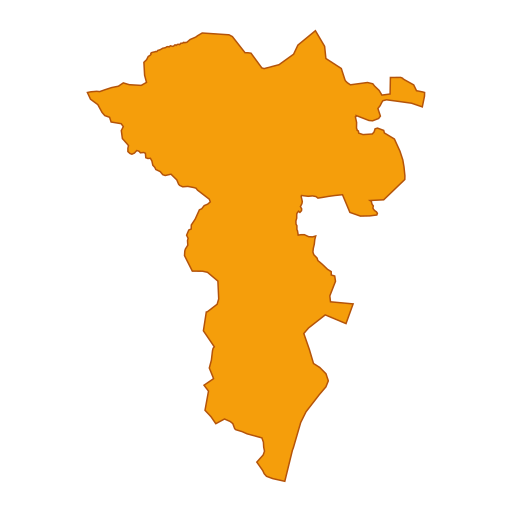 Charanchi, Katsina, Nigeria
{"feature_id": "59680162B50452180674611", "entity_name": "Charanchi", "entity_type": "district", "adm_level": 2, "iso_a3": "NGA", "parent_name": "Nigeria", "parent_adm1": "Katsina", "projection": "mercator", "projection_center": [7.676, 12.562], "detail": "fine", "context": "isolated", "style": "filled", "palette": "amber", "viewbox_px": 512, "rotation_deg": 0, "n_neighbors": 0, "source": "geoboundaries", "source_scale": "gbopen_adm2", "svg_char_len": 3823}
<svg xmlns="http://www.w3.org/2000/svg" viewBox="0 0 512 512"><path d="M87.4,92.5L90.5,99.2L97.8,104.6L102.1,112.5L104.8,115.6L109.6,117.3L111.1,122.0L121.2,123.7L123.3,126.6L121.3,130.6L122.4,138.6L126.6,143.3L128.5,145.6L127.9,148.2L127.9,151.6L130.0,153.5L130.5,153.7L131.9,154.2L134.4,153.1L135.9,151.5L136.8,150.5L139.1,151.3L140.4,152.8L143.8,152.5L145.4,153.3L145.8,157.7L147.9,158.5L150.4,158.3L151.9,161.0L152.8,165.2L154.8,167.4L155.8,169.5L160.2,171.6L162.8,174.7L165.2,175.5L171.0,174.2L176.8,179.9L178.6,184.2L179.7,185.4L182.7,186.8L187.8,186.4L189.4,186.7L194.0,187.6L196.0,188.2L197.5,190.1L198.4,190.8L209.3,199.2L210.3,201.9L207.6,204.2L204.2,205.6L201.7,208.8L199.4,209.8L195.2,219.1L193.1,222.3L191.3,225.0L191.2,229.0L188.8,230.0L186.6,235.2L188.1,238.3L187.5,240.6L187.8,245.2L185.4,249.0L184.8,251.0L184.5,255.6L192.3,271.1L202.5,271.2L207.5,272.3L217.9,281.1L218.7,298.9L217.3,303.7L217.2,304.2L207.3,311.8L206.3,312.0L203.4,330.8L214.3,346.8L213.1,348.3L212.5,350.7L211.4,360.1L209.3,368.0L213.0,377.1L213.5,378.7L204.0,385.2L208.5,391.1L205.0,410.3L211.0,416.7L215.8,423.7L224.5,419.0L230.2,421.5L232.8,423.6L234.7,428.7L235.8,429.7L242.1,431.6L247.0,433.8L261.9,437.9L263.4,442.1L263.7,447.1L264.5,451.2L263.2,454.9L262.1,456.2L260.2,458.3L256.8,462.1L262.7,470.5L264.2,473.7L266.5,476.3L272.7,478.6L284.8,481.3L292.4,450.3L293.4,447.6L300.7,422.5L306.0,411.8L319.4,394.5L325.9,386.9L328.3,380.9L327.9,379.5L327.0,376.9L326.0,373.8L319.9,367.6L313.5,363.5L309.4,349.6L303.8,333.5L308.5,328.0L325.2,314.9L346.0,323.6L353.1,303.9L330.5,301.8L329.8,295.9L335.5,281.3L334.7,276.0L331.3,275.0L331.2,271.6L327.5,269.3L322.4,264.4L317.8,260.5L317.1,258.1L313.8,254.7L312.9,252.0L313.3,248.4L314.3,244.1L314.8,239.5L315.7,236.0L312.5,236.9L308.7,236.7L304.4,234.7L300.9,234.7L298.2,235.1L297.5,230.8L296.9,229.6L296.9,225.7L296.0,224.1L295.9,220.9L296.7,218.2L296.7,215.6L296.8,213.5L298.5,211.2L299.9,212.4L301.5,210.7L301.7,208.9L300.4,206.6L301.9,203.7L302.3,201.6L301.6,198.3L301.2,196.8L301.5,195.5L308.3,196.3L312.5,195.9L316.1,196.6L317.9,198.1L322.6,197.4L328.3,196.4L331.9,195.9L334.8,195.5L342.5,194.7L349.9,212.4L360.4,216.1L369.7,215.9L376.8,215.0L377.4,213.3L376.4,211.8L374.8,210.7L373.6,209.4L372.9,208.1L373.3,205.9L372.2,204.5L371.7,203.1L371.4,201.5L370.0,200.5L383.7,199.8L404.8,179.5L404.9,175.8L404.0,167.0L402.8,159.9L400.0,151.3L394.4,139.0L385.8,133.8L384.4,133.0L383.7,130.4L377.5,128.1L375.1,128.8L374.1,131.9L372.3,134.0L363.0,134.6L358.7,133.1L358.4,131.0L357.2,130.4L357.2,130.2L357.0,129.4L356.5,128.2L356.6,122.5L356.1,120.2L355.8,118.9L355.4,116.8L356.1,116.4L356.1,115.5L369.0,120.5L372.6,120.8L378.6,118.5L380.4,116.1L377.9,108.5L380.1,105.7L382.0,102.0L382.9,100.7L386.5,99.8L396.3,101.1L411.5,103.2L422.3,106.9L424.5,96.1L424.6,92.5L422.5,91.9L416.5,90.7L413.7,84.9L404.4,79.7L402.9,78.7L402.6,78.2L400.6,77.4L390.4,77.5L390.1,94.0L381.9,95.1L379.1,90.4L374.5,86.0L372.8,83.8L367.5,82.5L350.4,84.8L347.3,82.7L345.6,81.0L345.0,80.0L341.3,68.5L325.9,58.5L324.6,46.3L315.4,30.7L297.9,45.1L293.6,54.2L279.0,64.7L264.1,68.6L261.8,67.9L251.0,53.2L248.3,52.8L245.0,52.7L232.4,36.6L229.0,34.8L202.2,33.0L197.6,35.7L195.7,37.1L194.1,37.8L192.2,38.6L190.1,39.5L187.0,42.2L185.6,42.6L185.0,42.4L184.6,42.7L183.4,42.4L182.7,43.2L182.0,43.2L180.7,43.3L180.3,44.0L179.6,44.6L179.0,44.3L177.4,44.4L176.1,45.4L175.4,44.9L174.7,45.0L174.0,45.8L173.0,46.4L171.5,46.1L170.4,45.8L169.1,46.9L168.0,46.6L166.8,46.8L165.6,47.6L164.1,48.0L162.8,48.2L160.6,49.5L159.1,50.1L158.0,50.3L156.8,51.6L155.6,51.5L155.0,51.8L153.1,52.2L151.4,52.7L150.8,53.4L151.0,54.2L150.5,55.0L148.2,56.5L146.6,59.7L143.9,62.3L144.6,75.2L146.5,82.4L141.2,85.4L129.3,84.7L123.3,82.9L118.4,86.2L111.5,87.6L105.1,89.7L99.7,91.6L96.7,91.3L90.8,91.8L87.4,92.5Z" fill="#f59e0b" stroke="#b45309" stroke-width="1.5"/></svg>